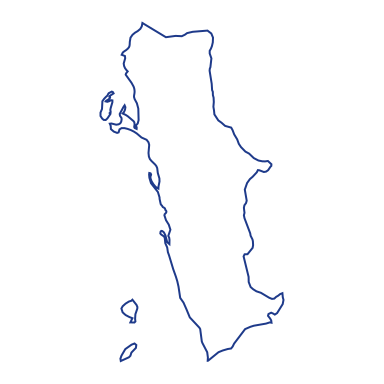 the border of Al Hudaydah
{"feature_id": "YEM-151", "entity_name": "Al Hudaydah", "entity_type": "Governorate", "adm_level": 1, "iso_a3": "YEM", "parent_name": "Yemen", "parent_adm1": "", "projection": "orthographic", "projection_center": [43.034, 14.789], "detail": "fine", "context": "isolated", "style": "outline", "palette": "blue", "viewbox_px": 384, "rotation_deg": 0, "n_neighbors": 0, "source": "natural_earth", "source_scale": "10m", "svg_char_len": 4198}
<svg xmlns="http://www.w3.org/2000/svg" viewBox="0 0 384 384"><path d="M207.7,360.8L207.9,357.6L207.2,352.2L202.4,343.0L201.8,341.4L200.2,329.1L199.4,327.7L189.8,317.4L186.5,309.4L183.5,302.6L180.2,297.9L178.5,286.6L177.3,281.3L175.9,276.7L173.2,269.1L169.0,255.2L167.9,252.2L167.2,247.5L165.3,243.2L164.8,238.4L164.4,237.0L163.6,236.2L160.9,234.3L160.3,233.4L160.6,231.6L161.3,230.9L162.4,231.1L163.9,232.4L165.4,235.3L167.2,242.2L169.4,244.1L169.5,239.8L169.2,237.7L168.3,235.9L170.4,229.7L168.8,224.7L166.0,220.2L164.4,215.3L164.7,214.2L166.1,212.7L166.4,211.8L166.2,210.9L165.9,210.5L165.5,210.2L164.9,208.4L163.9,207.6L162.9,207.1L162.5,206.6L162.1,205.8L161.4,205.1L160.7,204.1L159.6,199.0L159.5,197.3L157.9,192.0L151.0,183.2L149.4,177.8L149.1,174.6L149.3,173.0L150.5,173.3L151.1,174.4L150.9,175.4L150.4,176.6L150.5,178.3L151.5,181.1L153.3,184.1L155.6,186.9L158.4,188.6L158.5,186.5L159.5,181.5L159.4,178.4L157.8,173.0L157.2,168.1L156.4,166.2L155.2,164.6L151.5,161.0L149.9,159.1L148.9,156.6L148.5,153.0L149.2,144.9L148.5,142.3L146.6,139.8L141.5,137.5L136.8,133.5L133.9,131.6L130.7,130.0L127.6,128.9L124.4,128.1L121.6,128.1L119.5,129.4L118.6,132.4L117.1,132.9L113.8,131.6L110.9,129.1L110.7,125.8L109.8,123.7L111.4,123.5L116.2,124.7L118.7,124.3L120.3,123.3L121.2,121.7L121.6,119.6L121.5,118.0L120.0,115.8L119.7,114.0L123.5,106.9L124.6,105.3L125.4,107.2L125.0,109.7L124.0,112.0L122.7,113.5L125.5,114.8L127.7,116.2L133.6,121.2L134.3,122.3L134.6,124.2L134.2,127.0L134.7,128.0L136.6,128.9L136.7,127.7L136.5,126.9L136.1,126.3L135.6,125.8L137.7,123.5L138.6,120.1L138.3,108.6L136.9,103.3L134.6,99.0L134.0,96.9L134.1,95.3L134.4,93.7L134.6,91.9L134.5,90.1L134.2,88.4L133.6,86.6L131.5,82.8L125.7,74.7L126.0,73.5L127.7,71.4L126.3,69.9L125.0,68.1L124.1,66.0L123.7,63.5L125.2,58.2L124.9,56.0L121.7,54.8L122.8,52.5L124.3,51.3L126.0,50.2L127.8,48.7L129.0,47.2L129.5,45.9L129.7,44.3L129.8,41.9L130.5,37.7L132.5,34.8L135.0,32.7L137.7,31.1L140.3,28.9L141.8,26.3L142.4,23.0L165.9,37.2L175.6,35.9L181.8,36.2L184.9,34.7L187.1,33.1L192.7,31.8L207.5,30.6L211.3,33.5L213.0,37.6L212.8,42.4L211.9,46.2L210.9,48.7L209.7,50.8L209.7,53.5L211.4,58.4L210.4,67.2L209.8,68.7L209.6,70.7L211.7,83.8L212.1,90.1L212.8,91.8L212.9,95.1L213.6,97.7L213.8,102.0L213.4,106.8L214.0,110.3L214.4,114.4L218.3,120.4L221.5,122.7L225.1,125.9L231.2,127.6L232.6,130.2L234.2,134.4L237.2,139.4L238.8,143.8L241.0,147.1L245.4,151.6L249.1,153.6L253.8,158.1L258.4,160.5L262.3,161.3L265.1,161.4L267.9,161.0L271.4,164.2L271.3,165.9L270.5,166.7L268.1,170.2L266.1,171.6L263.9,172.0L259.4,170.3L257.9,170.1L256.8,172.3L252.6,176.8L249.9,179.1L247.1,183.0L244.8,189.6L246.7,200.7L246.0,203.1L244.4,205.3L243.9,207.8L244.2,210.5L244.5,212.8L243.9,215.3L244.5,218.2L250.2,233.3L250.6,235.7L252.5,239.5L252.9,241.3L253.1,245.2L252.6,247.9L247.5,254.2L244.6,254.3L243.6,256.4L248.6,276.9L248.7,282.0L250.6,287.0L253.1,289.2L256.4,291.3L260.9,292.8L269.1,297.7L272.0,298.9L274.3,298.6L276.1,296.9L278.3,295.6L280.1,294.1L282.4,293.2L282.8,297.3L283.5,299.9L282.7,304.1L277.1,313.1L274.8,314.6L273.4,313.7L271.2,312.7L268.5,314.0L268.0,315.8L270.1,318.5L271.2,320.4L271.5,322.7L269.8,322.4L266.0,323.6L253.9,325.7L250.4,326.8L245.1,329.1L234.1,343.6L232.7,346.5L231.1,348.5L227.8,349.0L222.7,350.5L218.5,352.2L208.2,360.6L207.8,360.8L207.7,360.8ZM131.3,300.8L132.4,299.7L136.5,304.9L137.4,307.0L137.3,308.6L135.4,314.2L135.1,318.9L135.4,321.5L134.4,322.5L130.4,322.4L132.4,318.2L129.3,317.0L125.7,315.1L124.3,313.9L122.6,312.3L122.4,311.6L121.4,308.5L122.7,306.2L125.6,303.6L129.0,301.5L131.3,300.8ZM113.6,93.4L109.9,95.8L109.4,96.7L110.0,97.0L110.1,97.7L109.5,98.6L108.2,99.6L106.2,100.7L105.7,101.4L107.3,101.8L109.2,101.2L111.0,100.2L112.4,100.4L112.4,102.2L110.7,108.0L110.3,110.0L110.6,111.3L110.3,112.4L109.6,113.1L109.7,113.4L110.5,113.1L110.4,114.0L107.4,118.4L105.7,120.0L103.7,119.9L102.2,118.6L100.5,116.0L100.5,112.6L102.0,109.0L102.4,101.2L104.2,98.7L106.0,96.8L107.4,95.6L108.0,94.3L108.7,93.2L111.8,91.6L112.9,92.1L113.6,93.4ZM125.3,349.1L131.5,344.7L134.5,343.5L136.3,345.0L135.9,347.9L131.4,352.6L130.4,355.8L128.9,357.3L120.8,361.0L120.5,359.1L120.4,358.8L120.4,358.7L121.5,355.6L125.3,349.1Z" fill="none" stroke="#1e3a8a" stroke-width="2"/></svg>